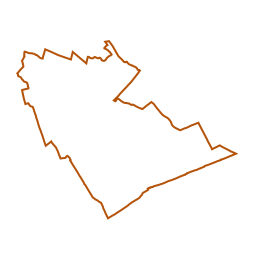 the district of Roma, Botosani, Romania, rotated 175°
{"feature_id": "2599482B63715115104271", "entity_name": "Roma", "entity_type": "district", "adm_level": 2, "iso_a3": "ROU", "parent_name": "Romania", "parent_adm1": "Botosani", "projection": "mercator", "projection_center": [26.588, 47.842], "detail": "fine", "context": "isolated", "style": "outline", "palette": "amber", "viewbox_px": 256, "rotation_deg": 175, "n_neighbors": 0, "source": "geoboundaries", "source_scale": "gbopen_adm2", "svg_char_len": 5876}
<svg xmlns="http://www.w3.org/2000/svg" viewBox="0 0 256 256"><g transform="rotate(175 128 128)"><path d="M224.5,212.9L224.8,211.3L225.1,209.0L225.2,208.6L224.9,208.4L226.4,206.0L227.8,204.0L227.4,202.8L227.3,202.0L227.1,201.4L226.9,199.1L226.9,198.2L227.0,198.1L229.7,195.8L231.9,193.6L233.2,192.2L233.4,192.1L233.2,191.9L232.9,190.8L232.9,190.3L233.0,189.8L233.0,189.7L232.9,189.6L232.8,189.4L232.3,188.9L231.7,188.7L231.4,188.5L230.8,188.1L230.3,187.7L230.0,187.3L229.8,186.6L229.7,186.4L229.5,186.0L229.4,185.9L229.3,185.7L228.9,185.4L228.4,184.7L228.2,184.5L228.0,183.9L227.7,183.6L227.2,183.2L226.2,182.8L225.4,182.4L224.6,181.9L224.5,181.7L224.4,181.4L224.4,180.9L224.3,180.1L224.1,179.8L224.0,178.8L224.1,178.2L224.0,177.8L223.8,177.5L223.7,176.9L223.8,176.4L223.8,176.1L230.2,175.1L230.0,173.1L229.8,171.3L229.4,168.0L228.8,164.3L228.4,162.5L228.1,160.8L225.3,161.4L225.1,161.3L224.2,159.6L223.5,158.4L223.4,158.3L221.2,157.4L221.0,157.2L220.9,156.9L220.7,156.1L220.6,155.7L220.3,154.9L220.1,153.5L219.2,149.9L219.1,149.3L218.7,148.5L218.7,148.2L218.6,146.8L217.8,143.7L217.2,140.6L216.7,138.1L216.1,135.7L215.3,133.1L214.6,130.2L214.4,129.7L214.3,129.2L214.2,128.7L213.9,127.9L213.8,127.0L213.6,126.6L213.5,125.8L213.0,123.6L212.9,123.2L212.8,122.5L211.9,119.1L211.5,117.5L208.5,119.4L205.6,121.3L205.4,120.7L205.3,120.4L205.0,119.8L202.1,115.8L201.6,115.1L201.4,114.8L201.1,113.9L200.9,113.2L200.3,111.9L200.1,111.3L199.3,108.5L199.1,107.3L198.9,106.8L198.6,106.2L198.3,105.3L198.1,104.4L197.9,103.5L193.0,103.7L192.4,104.2L192.2,104.6L191.7,105.1L191.4,105.3L190.8,105.5L190.4,105.2L189.7,104.4L188.7,103.2L188.5,102.8L188.4,102.5L188.4,102.2L188.4,101.8L188.3,101.5L188.0,101.3L188.0,101.2L188.4,101.0L188.5,100.7L188.1,100.1L187.7,99.5L187.4,98.6L185.7,95.2L182.1,88.2L181.2,86.3L180.5,84.6L179.9,83.7L179.3,82.6L178.1,80.0L177.2,78.3L176.8,77.5L176.7,77.0L176.2,75.6L175.9,75.3L175.6,75.1L173.4,70.5L170.0,63.7L169.2,62.1L169.2,61.9L168.1,61.1L167.7,60.7L167.0,60.0L166.4,59.5L165.3,58.9L164.5,58.3L163.5,57.3L161.4,55.8L161.1,55.2L160.5,53.5L160.0,52.3L159.6,50.1L159.3,49.4L158.8,48.1L157.5,44.2L155.8,39.8L150.1,42.6L149.2,42.9L148.9,43.0L147.1,44.1L145.7,44.8L145.1,45.2L144.5,45.4L135.8,50.2L135.4,50.5L134.8,50.8L133.7,51.7L131.1,53.3L124.7,56.4L122.9,57.3L122.1,58.1L121.2,59.2L120.3,59.9L119.9,60.3L119.2,61.6L118.7,62.1L118.3,62.3L113.5,64.5L113.2,64.8L113.2,65.0L113.5,65.6L113.6,65.9L112.2,66.5L110.8,66.9L110.8,66.6L109.5,67.0L108.5,67.1L108.1,67.2L107.6,67.7L101.6,68.8L99.8,69.3L98.3,69.6L95.1,70.6L93.2,71.3L91.5,71.8L89.1,72.3L85.6,73.3L84.8,73.5L84.2,73.8L83.1,74.1L80.4,75.1L79.1,75.4L78.7,75.6L77.8,75.8L75.7,76.5L75.4,76.4L75.1,76.4L75.0,76.6L75.0,76.8L73.2,77.4L73.1,77.9L71.4,78.2L70.3,78.6L64.7,80.1L64.4,80.1L62.8,80.4L60.9,81.2L59.9,81.3L59.7,81.4L59.3,81.7L58.9,81.7L58.4,81.9L57.9,82.0L56.6,82.5L55.6,82.7L55.4,82.9L54.9,83.5L51.7,84.2L43.8,86.5L41.4,87.3L40.1,87.5L38.4,88.0L38.5,88.2L37.8,88.5L35.3,89.0L22.6,93.0L22.9,93.2L25.6,94.7L28.1,96.0L28.4,96.3L28.5,96.5L28.8,96.7L29.7,97.2L36.0,101.1L37.6,102.3L38.0,102.7L44.5,100.2L46.1,99.5L47.2,102.3L49.7,108.1L50.2,109.7L51.1,111.8L54.7,120.4L56.8,125.5L57.4,127.1L66.0,124.6L66.8,124.2L67.6,123.8L68.4,123.6L69.9,123.0L70.4,123.0L72.0,122.6L75.3,121.5L76.2,121.2L77.2,121.7L78.2,122.5L79.4,123.1L79.8,123.3L81.4,124.5L82.4,125.3L83.1,126.1L83.5,126.6L83.8,127.1L84.1,127.9L84.6,129.8L84.7,130.1L84.9,130.6L85.9,132.3L86.7,133.5L87.3,134.1L88.2,134.9L91.1,136.9L92.1,137.8L93.6,139.6L97.9,145.9L100.0,149.4L101.0,150.5L101.7,151.1L102.3,151.6L102.5,151.8L103.3,151.3L107.0,148.9L108.0,148.4L108.7,147.8L109.1,147.5L111.2,146.2L111.8,145.6L112.1,145.6L116.2,147.7L118.4,149.1L119.7,150.1L120.3,150.5L120.7,150.7L121.1,150.9L121.3,150.9L122.3,150.6L123.6,151.3L124.7,152.2L125.1,152.4L126.4,152.7L127.5,153.1L128.6,153.2L130.1,153.7L130.4,153.9L131.1,154.5L132.0,155.1L133.1,156.0L133.3,156.2L133.7,156.9L134.2,157.3L134.7,157.6L135.8,158.4L135.9,158.2L136.1,158.3L136.3,158.1L137.0,157.2L137.3,156.8L137.8,156.2L138.0,155.8L138.2,155.7L138.3,155.7L139.4,156.5L139.7,156.7L138.4,157.8L137.5,158.6L137.0,159.0L136.7,159.2L134.6,161.0L132.9,162.8L130.9,164.6L128.2,167.0L125.9,169.0L125.1,169.7L123.6,171.2L122.6,172.0L122.3,172.3L121.7,172.7L121.7,172.8L121.2,173.2L115.0,179.8L113.8,181.1L113.2,181.7L112.3,182.8L111.1,184.2L111.7,184.7L111.9,184.8L112.9,185.0L113.2,185.1L113.3,185.3L113.5,185.7L113.7,186.3L114.1,187.0L114.7,187.6L115.2,188.1L115.6,188.2L116.2,188.6L117.4,189.2L118.2,189.9L119.1,190.0L119.7,190.6L120.1,190.7L121.1,191.3L121.6,191.5L122.1,192.2L122.3,192.4L122.6,192.8L122.9,193.2L123.1,193.8L123.4,194.0L123.6,194.1L124.0,194.1L124.3,194.0L124.8,193.7L125.0,193.7L125.9,194.1L126.1,194.2L126.1,194.3L126.3,194.4L126.7,194.7L126.9,195.1L127.2,195.6L127.7,196.2L128.4,197.1L131.3,200.4L136.3,211.2L139.4,216.2L143.2,215.9L141.2,212.4L142.1,212.0L144.6,209.8L144.6,209.3L144.1,209.0L143.5,208.8L142.8,208.4L141.4,207.4L141.0,206.9L140.0,205.8L139.4,205.1L137.9,202.6L138.1,202.4L138.9,201.9L139.8,201.5L141.1,201.0L141.3,200.8L141.7,200.4L142.6,199.9L143.2,199.4L143.6,198.6L143.8,198.3L144.3,197.9L145.1,197.3L145.4,197.2L145.7,197.1L146.0,196.9L146.4,196.9L146.9,197.1L147.3,197.5L147.5,197.6L148.1,197.7L148.3,197.8L148.5,198.2L148.7,199.0L148.9,199.5L149.7,200.2L150.1,200.5L150.4,200.5L151.2,200.1L151.9,200.1L155.1,201.7L155.8,201.2L157.0,200.5L157.9,200.5L159.8,201.2L160.8,202.3L161.8,202.4L162.6,200.2L163.9,196.0L176.4,208.6L178.9,201.2L191.2,206.7L197.5,210.3L203.6,213.6L204.9,210.2L205.3,209.2L205.5,208.6L206.3,206.8L207.0,204.6L207.9,204.9L208.7,205.1L209.1,205.3L210.1,206.1L210.7,206.9L212.0,208.1L212.5,208.6L213.3,208.7L213.5,208.9L213.7,209.2L214.8,209.8L215.1,210.1L217.8,210.9L219.3,211.0L220.1,211.2L220.8,211.5L222.4,212.3L223.5,212.8L223.9,212.9L224.2,213.1L224.4,213.0L224.5,212.9Z" fill="none" stroke="#b45309" stroke-width="2"/></g></svg>